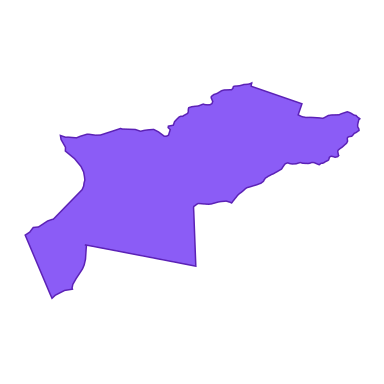 Derriere Dos, Anse-la-Raye, Saint Lucia (Natural Earth projection), rotated 92°
{"feature_id": "8701671B59724395423262", "entity_name": "Derriere Dos", "entity_type": "district", "adm_level": 2, "iso_a3": "LCA", "parent_name": "Saint Lucia", "parent_adm1": "Anse-la-Raye", "projection": "natural_earth1", "projection_center": [-61.009, 13.927], "detail": "fine", "context": "isolated", "style": "filled", "palette": "violet", "viewbox_px": 384, "rotation_deg": 92, "n_neighbors": 0, "source": "geoboundaries", "source_scale": "gbopen_adm2", "svg_char_len": 5225}
<svg xmlns="http://www.w3.org/2000/svg" viewBox="0 0 384 384"><g transform="rotate(92 192 192)"><path d="M80.9,136.1L81.3,136.8L81.7,137.7L81.8,137.8L82.0,138.6L82.1,138.8L82.3,139.6L82.4,140.4L82.4,140.5L82.5,141.4L82.6,141.6L82.6,142.4L82.7,143.1L82.7,143.6L82.8,144.1L83.0,144.5L83.3,145.3L83.4,145.8L83.7,146.6L83.8,147.1L84.1,148.0L84.2,148.7L84.3,149.4L84.4,149.9L84.5,151.0L84.6,151.5L84.6,152.1L84.7,152.8L84.9,153.7L85.1,154.1L85.6,154.5L86.1,154.6L87.0,154.7L87.5,155.2L87.9,155.6L88.4,156.0L88.5,156.8L88.5,157.5L88.5,158.1L88.6,158.7L88.7,159.8L88.7,160.4L88.8,161.2L88.8,161.8L88.9,162.6L88.9,163.1L89.1,164.0L89.3,164.6L89.6,165.6L89.8,165.9L90.1,166.6L90.4,167.0L91.0,167.8L91.2,168.2L91.6,168.8L92.0,169.4L92.5,170.2L92.7,170.6L93.0,171.3L93.2,171.8L93.5,172.6L93.7,173.4L94.2,173.9L94.5,174.4L95.0,175.1L95.4,175.4L95.9,176.0L96.4,176.1L97.3,176.1L97.8,175.8L98.2,175.6L98.9,175.3L99.6,175.0L100.0,174.8L100.6,174.4L101.2,174.6L102.1,174.8L102.6,175.0L102.9,175.1L103.3,175.6L103.8,176.5L104.2,177.0L104.2,177.6L104.3,178.2L104.3,179.4L104.4,179.9L104.3,180.6L104.3,181.2L104.2,182.1L104.1,182.8L103.8,183.4L103.8,183.8L104.1,184.8L104.3,185.2L104.6,185.8L104.9,186.6L105.2,187.3L105.5,187.8L105.7,188.6L105.9,189.2L106.0,190.1L106.1,190.6L106.2,191.5L106.2,192.0L106.4,192.8L106.5,193.5L106.6,194.1L106.7,194.8L106.9,195.6L107.2,196.3L107.4,196.9L107.5,197.0L107.5,197.3L107.9,198.2L108.9,198.5L110.7,198.6L112.1,198.5L113.0,198.9L113.6,199.1L115.2,201.8L116.0,203.2L116.7,203.9L116.7,205.9L117.5,207.5L120.0,209.9L122.3,211.9L125.9,213.0L127.0,217.9L128.5,218.1L130.4,215.9L136.1,217.5L137.2,219.7L137.2,221.7L133.1,227.6L130.8,232.5L131.4,237.8L132.1,242.0L133.1,245.5L131.5,250.9L131.5,259.4L131.5,264.0L131.0,265.6L133.7,272.9L138.3,285.6L138.6,290.4L137.9,296.8L137.9,298.9L140.2,305.6L141.9,309.3L141.5,317.8L141.7,320.2L140.1,325.5L144.1,324.7L151.7,320.0L155.5,320.0L162.8,310.5L170.4,303.8L175.8,301.0L180.5,300.0L183.8,299.5L186.8,300.2L189.9,300.5L193.5,301.9L224.1,329.7L224.2,330.6L226.0,335.3L232.3,344.2L233.0,349.4L235.2,351.0L237.7,352.7L239.7,355.5L240.9,357.2L299.0,330.2L303.1,328.2L299.9,325.0L297.0,319.8L294.8,315.8L293.9,311.2L293.3,308.1L292.0,308.5L290.4,308.2L288.5,307.9L284.7,305.9L282.4,304.7L276.4,301.0L274.4,299.8L272.9,298.9L271.5,298.3L268.6,297.2L262.9,296.1L252.6,295.8L249.2,295.6L248.9,296.3L248.5,297.2L256.5,245.9L266.0,185.6L212.4,189.5L207.6,189.9L206.3,189.7L206.2,189.4L205.9,189.0L205.1,188.0L204.1,186.8L203.3,185.5L203.3,183.7L203.4,181.9L203.4,181.7L203.5,180.2L203.5,178.6L203.6,177.4L203.6,175.5L203.7,175.3L203.2,172.0L202.9,171.2L202.6,170.3L202.3,169.2L201.9,168.0L201.1,165.5L200.7,163.7L200.5,162.4L200.2,159.9L199.9,157.5L200.1,156.8L200.2,156.2L200.6,154.9L200.8,153.8L201.2,152.9L201.6,152.1L201.2,151.7L199.8,150.8L198.5,149.8L196.8,148.6L196.2,148.1L196.0,147.9L194.8,147.1L193.5,146.1L193.0,145.6L192.5,145.1L191.9,144.5L191.4,143.8L190.5,142.6L188.7,140.6L187.5,139.4L186.7,138.6L185.8,137.3L185.7,137.0L185.6,136.8L185.2,135.4L184.3,132.7L183.7,131.1L183.2,129.5L182.7,128.0L182.4,127.2L182.1,126.5L181.3,124.7L180.9,123.5L180.2,122.7L179.2,121.4L178.5,120.8L178.3,120.7L177.1,120.2L176.9,120.0L176.8,119.9L175.6,119.2L175.1,118.5L174.4,117.4L174.3,117.2L174.0,116.9L173.5,116.3L173.3,115.8L173.2,115.6L172.6,114.5L172.1,113.7L171.6,113.0L171.5,112.6L171.4,112.3L171.2,111.8L170.4,110.4L170.1,110.0L169.8,109.5L168.5,107.3L167.0,105.0L166.1,103.5L165.5,103.0L164.2,102.3L162.0,100.9L161.0,100.2L160.9,100.1L160.4,99.5L160.1,98.9L159.8,98.0L159.5,97.3L159.7,96.8L160.2,95.3L160.5,92.8L160.3,90.4L160.3,89.9L160.2,89.7L160.1,88.5L159.8,87.9L159.4,86.8L158.8,84.9L158.8,84.6L158.9,84.1L159.2,83.3L159.4,82.3L159.4,81.3L159.4,80.8L159.5,79.8L159.4,78.9L159.4,78.7L159.5,77.8L159.4,76.9L159.4,76.3L159.0,74.9L158.7,74.2L158.4,73.7L158.3,72.2L158.4,70.9L158.5,70.7L159.2,68.9L160.2,66.2L160.3,65.8L160.2,65.5L159.3,64.7L159.0,64.3L158.7,63.3L158.7,62.5L158.7,62.3L158.3,61.7L158.2,61.3L157.5,60.3L157.2,60.0L155.9,57.5L155.5,57.0L155.2,56.6L153.6,56.1L152.9,56.0L152.6,56.0L152.1,55.4L151.7,54.8L151.4,54.2L151.5,53.5L151.5,53.3L151.6,53.0L151.7,52.1L152.3,50.2L152.0,49.2L151.9,48.6L151.7,48.0L151.4,47.4L150.6,46.9L150.4,46.7L150.3,46.8L149.4,47.1L148.0,47.4L146.8,47.7L146.1,47.7L145.9,47.7L145.2,47.4L144.9,47.2L143.8,46.0L143.0,45.0L142.2,43.8L141.1,42.6L139.3,40.8L138.8,40.2L137.8,39.2L135.8,38.3L135.1,38.4L134.8,38.4L133.4,38.7L132.3,38.5L131.5,37.7L131.2,36.9L130.7,34.3L129.1,32.9L127.7,31.9L127.1,30.5L126.1,29.1L125.4,28.3L124.8,27.3L124.7,27.2L124.1,27.3L123.3,27.4L122.5,27.8L121.3,28.6L120.7,28.7L119.4,28.8L118.9,28.8L116.2,28.3L114.9,28.0L114.0,27.9L113.5,27.3L113.0,26.8L112.4,27.5L111.9,28.5L110.5,30.1L109.8,30.7L109.7,31.8L109.4,32.9L108.7,34.2L108.0,35.3L107.1,37.3L106.4,39.6L108.1,44.2L108.8,46.0L109.4,47.1L109.7,47.7L109.9,50.6L110.1,54.1L110.2,55.7L110.6,57.2L110.7,58.3L112.6,61.5L113.8,63.7L113.7,65.2L113.5,67.3L113.4,70.7L113.3,73.8L113.3,76.7L113.4,78.4L113.5,80.0L113.5,81.3L113.2,82.5L113.1,83.7L112.6,85.5L112.0,86.8L111.2,88.6L100.0,85.2L84.6,135.4L84.4,136.0L84.1,136.6L83.6,136.5L83.4,136.5L82.8,136.5L82.2,136.4L81.6,136.2L81.3,136.1L80.9,136.1Z" fill="#8b5cf6" stroke="#5b21b6" stroke-width="1.5"/></g></svg>